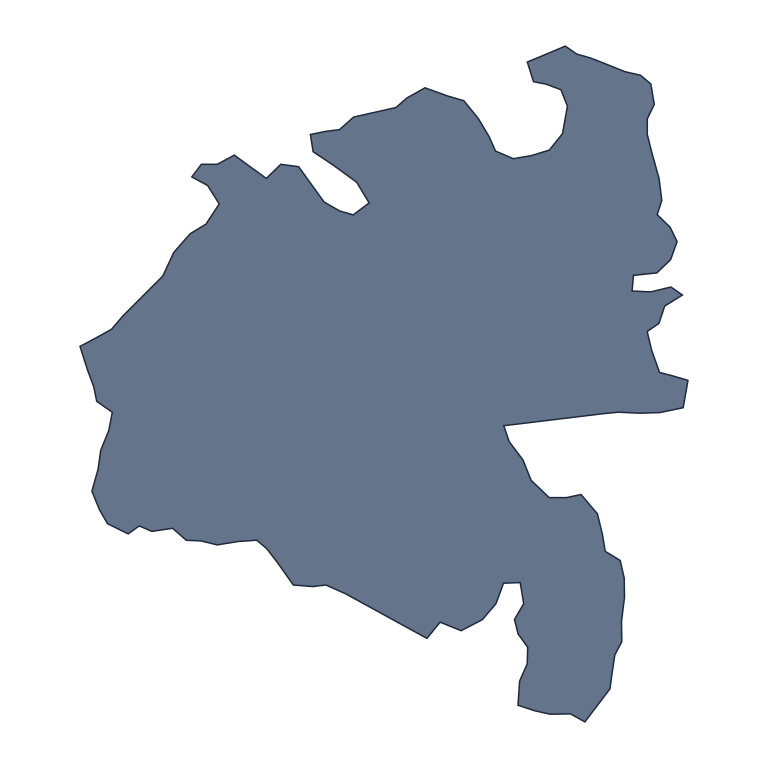 outline of Alto Alegre, Rio Grande do Sul, Brazil
{"feature_id": "56859067B94197304698655", "entity_name": "Alto Alegre", "entity_type": "district", "adm_level": 2, "iso_a3": "BRA", "parent_name": "Brazil", "parent_adm1": "Rio Grande do Sul", "projection": "albers", "projection_center": [-52.981, -28.807], "detail": "fine", "context": "isolated", "style": "filled", "palette": "slate", "viewbox_px": 768, "rotation_deg": 0, "n_neighbors": 0, "source": "geoboundaries", "source_scale": "gbopen_adm2", "svg_char_len": 1849}
<svg xmlns="http://www.w3.org/2000/svg" viewBox="0 0 768 768"><path d="M518.0,705.3L535.2,710.9L550.0,714.2L570.4,713.9L584.9,721.9L610.0,688.8L612.1,673.1L614.8,655.0L621.8,641.8L621.5,621.3L624.5,597.6L624.2,578.0L620.2,560.5L605.2,551.3L602.5,534.7L597.4,513.8L581.0,494.5L566.5,497.6L549.2,497.6L531.2,480.4L522.9,459.8L509.2,441.7L503.8,425.7L599.6,414.1L618.1,412.2L639.6,413.2L659.8,412.6L683.2,407.7L688.0,380.4L673.5,376.1L659.5,372.4L651.5,349.7L647.2,331.5L659.0,323.3L664.7,306.1L682.4,295.0L670.9,287.0L650.7,291.9L632.1,291.0L633.5,275.4L656.9,272.9L670.6,259.7L677.1,241.6L670.1,227.2L657.2,214.6L661.8,200.5L659.1,178.7L651.6,151.7L647.3,134.5L647.3,118.8L654.3,104.4L650.8,83.9L640.6,75.3L624.7,71.6L602.6,62.7L590.8,58.1L576.8,54.1L565.2,46.1L548.0,53.4L527.3,62.0L533.5,81.7L545.8,84.1L560.9,89.7L567.4,106.2L562.5,133.6L549.3,150.1L531.3,155.6L513.3,158.7L495.5,151.0L489.1,136.6L478.3,118.5L463.8,100.7L447.1,95.8L425.0,87.8L407.0,97.9L396.0,107.5L353.7,117.0L339.5,129.6L325.5,131.4L310.4,134.5L313.1,151.7L333.3,165.2L356.7,182.3L369.1,202.9L353.2,214.9L339.5,210.9L324.1,202.0L298.6,166.7L280.8,164.3L266.3,178.4L250.1,166.7L234.3,155.1L217.3,164.3L201.4,164.3L191.8,176.9L207.6,185.5L219.2,203.9L206.0,224.1L190.2,233.7L173.8,252.4L162.8,276.0L144.7,294.1L123.2,315.6L111.7,329.1L98.0,336.8L80.0,346.4L87.5,370.0L93.7,386.6L96.7,401.3L112.3,412.3L108.8,430.4L100.7,450.4L98.1,469.1L91.9,491.2L99.4,509.6L107.5,523.7L128.2,533.9L139.2,525.9L151.9,531.4L172.6,528.3L186.3,540.3L200.8,540.9L217.2,544.9L238.2,541.5L256.7,540.2L266.9,548.8L278.2,563.6L293.3,585.0L312.7,586.6L325.8,585.0L345.2,593.6L426.9,638.4L440.1,622.2L461.1,630.7L482.3,619.7L496.0,603.7L503.5,583.2L520.2,582.6L523.7,603.7L514.5,619.4L518.0,633.8L527.7,647.3L527.2,663.9L519.6,681.1L518.0,705.3Z" fill="#64748b" stroke="#1e293b" stroke-width="1.5"/></svg>